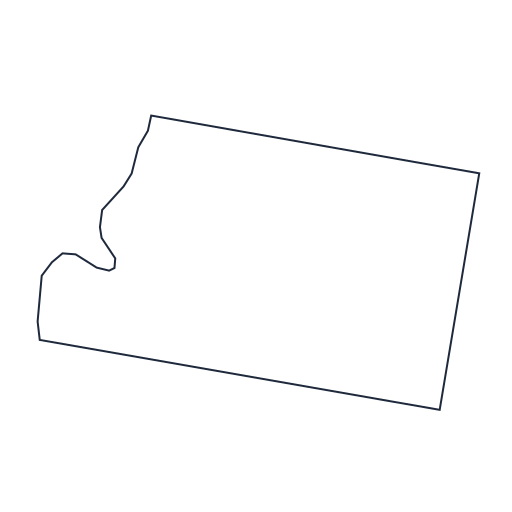 outline of Potter, South Dakota, United States of America, rotated 10°
{"feature_id": "52423323B36213631137134", "entity_name": "Potter", "entity_type": "district", "adm_level": 2, "iso_a3": "USA", "parent_name": "United States of America", "parent_adm1": "South Dakota", "projection": "orthographic", "projection_center": [-100.174, 45.072], "detail": "fine", "context": "isolated", "style": "outline", "palette": "slate", "viewbox_px": 512, "rotation_deg": 10, "n_neighbors": 0, "source": "geoboundaries", "source_scale": "gbopen_adm2", "svg_char_len": 433}
<svg xmlns="http://www.w3.org/2000/svg" viewBox="0 0 512 512"><g transform="rotate(10 256 256)"><path d="M463.6,375.6L461.5,135.8L395.7,135.9L128.4,135.9L127.8,151.4L121.2,169.3L119.2,196.4L113.5,210.5L96.5,237.4L97.3,254.7L100.8,265.0L117.8,282.8L118.7,292.4L113.9,295.9L101.1,295.1L78.1,285.7L65.0,287.0L56.1,297.6L48.4,312.6L52.3,358.4L57.6,376.2L414.0,375.7L463.6,375.6Z" fill="none" stroke="#1e293b" stroke-width="2"/></g></svg>